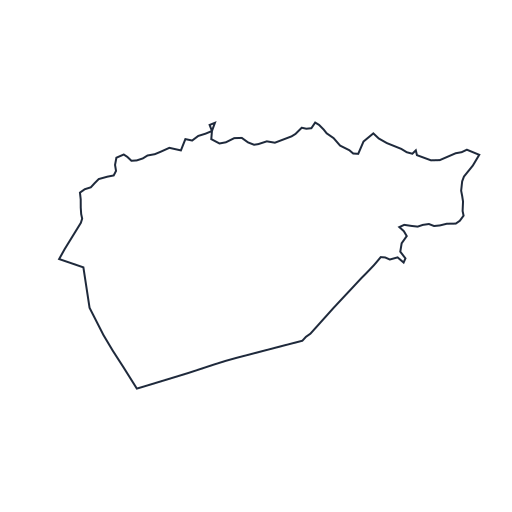 Arapiraca, Alagoas, Brazil (Albers equal-area conic projection), rotated 286°
{"feature_id": "56859067B80614928342365", "entity_name": "Arapiraca", "entity_type": "district", "adm_level": 2, "iso_a3": "BRA", "parent_name": "Brazil", "parent_adm1": "Alagoas", "projection": "albers", "projection_center": [-36.607, -9.758], "detail": "fine", "context": "isolated", "style": "outline", "palette": "slate", "viewbox_px": 512, "rotation_deg": 286, "n_neighbors": 0, "source": "geoboundaries", "source_scale": "gbopen_adm2", "svg_char_len": 1647}
<svg xmlns="http://www.w3.org/2000/svg" viewBox="0 0 512 512"><g transform="rotate(286 256 256)"><path d="M364.0,179.2L359.7,173.8L355.5,167.4L349.4,162.8L348.9,155.9L336.8,154.7L336.1,142.9L330.0,135.7L326.0,130.7L322.7,124.0L318.6,120.3L315.0,115.0L313.2,110.0L315.8,105.0L317.1,100.9L312.0,94.7L304.7,95.4L299.2,98.0L294.2,97.0L291.3,91.3L286.6,83.6L281.5,80.8L276.5,78.3L273.0,73.0L268.4,69.3L262.1,71.9L254.2,74.2L248.1,76.4L244.0,78.6L239.6,78.5L210.0,70.2L198.8,67.6L197.5,93.2L160.3,110.3L138.0,131.1L125.5,144.4L112.3,159.5L95.7,178.0L98.1,181.8L125.1,223.5L140.0,245.4L146.8,255.7L152.7,265.3L177.9,307.9L187.3,323.9L192.1,326.3L196.3,329.7L227.8,345.0L264.0,363.5L269.6,366.6L279.5,371.8L283.4,373.6L289.3,376.2L290.2,380.5L289.5,385.6L293.7,392.5L290.4,399.7L294.9,400.3L299.9,393.5L308.4,392.5L316.7,395.4L320.6,391.3L323.3,385.8L326.8,389.9L327.8,397.4L328.8,403.3L331.9,407.8L334.4,413.4L333.9,418.9L336.1,424.4L339.6,430.5L342.2,439.1L346.0,442.2L352.0,444.4L356.2,442.2L365.4,440.0L370.4,437.7L375.3,435.2L384.6,433.6L389.7,434.0L402.7,439.5L414.8,442.7L416.3,429.4L412.5,425.1L409.8,419.6L398.8,406.2L396.2,397.8L397.3,382.9L401.6,380.5L397.4,378.1L397.3,372.3L399.0,366.1L400.6,350.7L402.8,341.6L406.2,335.0L395.7,327.8L382.4,326.1L381.3,321.2L383.4,316.6L385.3,306.4L390.7,298.1L393.4,290.1L396.2,286.2L399.4,280.5L400.6,276.1L394.1,274.0L392.2,269.3L391.9,264.6L384.2,260.3L380.8,257.2L370.1,242.9L369.2,234.8L364.2,227.4L362.4,223.5L363.0,217.0L365.6,209.8L363.3,202.6L357.0,195.7L354.1,189.9L356.0,180.8L364.0,179.2ZM364.0,179.2L372.7,179.8L369.2,175.3L364.0,179.2Z" fill="none" stroke="#1e293b" stroke-width="2"/></g></svg>